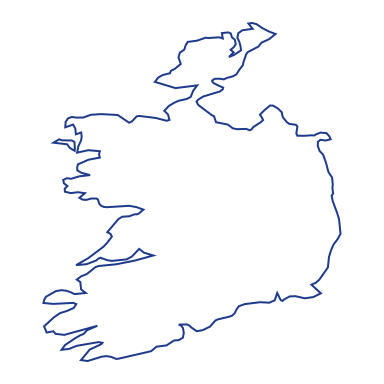 SVG path tracing the border of Ireland
{"feature_id": "IRL", "entity_name": "Ireland", "entity_type": "country or territory", "adm_level": 0, "iso_a3": "IRL", "parent_name": "Europe", "parent_adm1": "", "projection": "natural_earth1", "projection_center": [-8.443, 53.42], "detail": "fine", "context": "isolated", "style": "outline", "palette": "blue", "viewbox_px": 384, "rotation_deg": 0, "n_neighbors": 0, "source": "natural_earth", "source_scale": "50m", "svg_char_len": 3739}
<svg xmlns="http://www.w3.org/2000/svg" viewBox="0 0 384 384"><path d="M258.4,46.6L247.8,52.1L246.2,54.2L243.3,62.6L242.9,65.1L239.5,69.5L236.3,74.5L232.6,76.4L227.0,77.9L223.8,79.4L219.8,78.7L214.7,78.8L212.2,80.5L212.3,81.8L213.8,83.2L218.3,85.5L223.2,87.6L222.7,89.4L220.0,91.4L203.2,96.5L198.2,99.6L196.5,101.6L198.3,105.0L211.7,115.1L214.0,116.2L216.0,122.2L227.9,124.6L232.8,128.3L237.0,129.2L246.1,128.9L249.7,130.3L251.8,129.2L253.0,127.3L260.6,122.3L263.1,120.1L261.6,117.0L259.9,114.7L264.5,110.1L270.1,105.5L273.0,105.6L277.8,108.4L281.8,112.3L282.3,115.4L283.1,117.6L286.9,122.2L289.3,123.9L295.9,124.8L297.4,126.6L296.3,133.5L297.3,135.7L304.2,135.8L311.4,135.3L314.0,135.5L316.6,134.1L320.6,132.6L326.4,133.1L329.3,136.2L330.6,139.3L325.6,140.5L320.4,139.8L317.9,141.9L317.8,145.9L319.6,151.0L323.1,154.6L326.0,162.8L328.4,171.9L332.0,177.4L332.8,184.2L332.4,187.6L333.1,193.6L331.6,195.7L332.8,201.4L337.2,213.1L339.1,219.6L340.5,233.9L337.5,239.3L333.6,244.4L331.0,250.4L329.0,256.9L327.9,267.4L319.3,279.7L315.7,282.8L311.4,284.7L320.9,293.3L313.2,297.1L304.8,298.3L295.5,296.2L289.7,296.4L284.5,299.2L282.4,300.9L280.7,300.1L277.2,293.0L274.7,300.3L269.3,302.7L260.1,302.2L244.8,304.1L238.9,306.2L236.5,309.5L234.7,313.2L232.3,315.5L229.6,316.6L217.8,319.4L215.4,320.5L210.0,326.6L202.8,330.1L196.8,331.2L191.5,327.6L189.3,325.5L186.9,324.4L178.7,324.6L181.3,325.7L183.0,328.2L183.8,333.0L182.9,337.7L178.8,340.1L174.0,340.5L166.5,345.4L156.5,346.7L151.1,351.2L118.0,358.8L116.1,358.9L111.5,357.0L106.6,356.1L101.6,356.7L87.7,361.0L81.0,360.1L89.7,349.6L101.2,344.2L102.4,342.8L98.6,342.1L76.8,345.8L69.1,348.9L61.6,349.8L65.1,345.0L74.9,338.4L80.2,335.3L83.4,334.1L87.1,330.2L97.4,325.8L64.2,334.9L55.5,333.8L53.4,331.3L46.6,332.5L44.1,326.3L54.2,317.1L60.1,313.1L67.1,310.9L73.8,307.9L76.3,304.1L73.2,302.9L53.1,303.9L43.5,303.0L44.1,300.1L45.9,296.8L55.9,291.1L61.3,290.2L66.1,290.7L70.7,292.2L74.5,294.1L85.8,293.0L81.1,289.4L80.3,282.0L76.8,279.6L81.4,276.2L86.7,274.1L95.5,267.1L98.6,266.0L116.0,264.3L134.7,260.6L153.3,255.5L143.8,252.6L139.2,248.9L131.9,256.5L126.6,259.4L111.7,260.9L107.0,260.1L100.4,257.7L98.3,258.6L96.4,260.4L86.5,264.2L76.1,265.1L88.2,258.2L103.6,246.6L107.0,243.0L111.9,236.6L110.4,233.8L107.3,232.2L118.4,219.1L122.3,216.7L129.3,216.3L134.5,214.3L136.8,214.3L138.9,213.5L143.4,209.6L136.4,207.1L129.2,205.8L106.8,207.2L103.8,206.9L101.1,205.7L99.3,203.9L97.9,199.5L96.3,198.5L91.3,198.5L86.3,199.9L82.8,199.7L79.4,197.8L84.9,193.2L77.9,192.2L70.8,193.1L64.9,191.7L64.7,188.8L67.4,186.0L63.9,183.3L63.2,179.9L67.0,178.2L71.0,178.8L79.4,176.3L90.1,175.1L80.9,172.6L77.3,170.4L77.2,167.2L77.9,164.4L88.5,159.7L99.8,157.6L99.0,154.5L99.8,151.2L88.4,150.2L77.1,152.6L78.4,146.2L81.1,140.4L81.7,136.6L81.2,132.5L75.9,134.3L75.3,128.5L73.1,124.6L65.3,127.3L65.6,122.1L67.8,118.5L71.9,116.9L75.9,117.6L83.4,117.5L90.7,114.8L101.1,114.1L117.7,115.0L129.1,122.7L132.1,121.3L136.6,116.4L138.8,115.9L156.0,118.0L166.7,120.8L169.5,119.9L168.0,114.5L164.3,110.8L168.9,105.9L174.5,102.6L178.3,100.9L186.9,98.9L190.7,96.9L193.2,90.7L197.2,85.4L175.5,88.1L154.9,81.9L158.2,77.6L162.5,75.1L170.0,73.2L170.8,70.9L174.6,69.0L180.8,64.0L178.5,57.5L179.8,52.7L184.3,49.6L185.7,45.2L187.7,41.9L196.9,40.7L205.7,37.7L208.8,38.0L219.2,37.3L222.8,38.5L221.9,33.1L228.3,32.4L230.8,33.5L231.9,37.3L234.8,39.7L235.8,44.0L233.8,47.2L230.6,49.8L233.6,52.3L229.0,57.0L233.9,55.0L241.0,50.4L240.6,46.7L239.4,42.0L237.4,37.8L238.3,33.2L242.3,30.3L252.7,28.8L248.4,23.5L252.2,23.0L256.4,24.1L262.5,28.2L268.9,31.5L275.5,34.0L269.2,39.1L261.4,42.7L258.4,46.6ZM74.9,148.3L74.6,150.8L69.6,147.7L67.2,144.3L53.5,142.7L59.2,139.3L62.0,140.3L71.7,140.5L74.4,141.9L74.9,148.3Z" fill="none" stroke="#1e3a8a" stroke-width="2"/></svg>